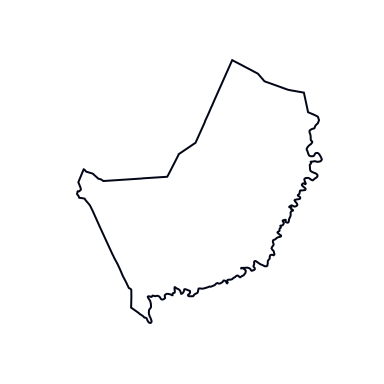 Podor, Saint-Louis, Senegal, rotated 114°
{"feature_id": "50182788B66510054428140", "entity_name": "Podor", "entity_type": "district", "adm_level": 2, "iso_a3": "SEN", "parent_name": "Senegal", "parent_adm1": "Saint-Louis", "projection": "robinson", "projection_center": [-14.416, 16.094], "detail": "fine", "context": "isolated", "style": "outline", "palette": "ink", "viewbox_px": 384, "rotation_deg": 114, "n_neighbors": 0, "source": "geoboundaries", "source_scale": "gbopen_adm2", "svg_char_len": 5910}
<svg xmlns="http://www.w3.org/2000/svg" viewBox="0 0 384 384"><g transform="rotate(114 192 192)"><path d="M55.2,208.9L100.2,208.9L105.0,208.8L106.0,208.9L114.7,208.8L121.9,208.9L123.4,208.7L145.6,208.8L162.8,219.5L162.9,219.4L167.1,219.6L186.9,220.7L188.2,220.9L199.0,241.5L200.7,244.5L218.0,277.4L217.5,280.4L217.9,282.9L217.8,283.5L217.4,284.6L216.2,288.4L215.8,289.4L215.6,290.2L216.4,296.6L216.4,297.1L215.3,299.4L215.4,300.2L229.3,299.8L233.0,296.0L234.6,294.6L235.8,294.6L236.4,295.0L237.2,295.3L237.6,296.3L237.8,296.6L238.4,296.7L239.1,296.4L240.2,296.4L240.6,296.2L242.2,293.5L243.1,292.8L243.1,292.3L242.9,292.0L241.9,288.2L241.8,287.4L242.0,286.9L242.7,286.0L245.2,280.8L245.9,279.6L249.7,275.0L261.1,262.3L281.8,238.7L282.0,238.3L283.9,236.2L288.1,230.7L292.4,225.8L296.8,221.1L300.9,215.9L305.2,210.9L305.4,210.6L305.5,208.7L305.7,208.2L306.2,207.6L312.5,204.7L322.4,200.6L322.6,199.4L323.5,194.9L324.2,191.5L324.7,190.0L325.2,186.7L325.8,185.0L326.1,184.4L325.7,183.4L325.8,182.3L326.1,181.8L327.5,180.4L328.4,179.1L328.7,178.5L328.8,177.6L328.7,177.2L328.3,176.5L327.8,176.2L326.9,176.2L326.0,176.7L324.2,178.4L322.3,180.6L320.8,181.8L320.1,182.2L318.1,183.0L317.3,183.2L315.9,183.0L314.3,182.6L313.2,182.9L310.9,184.1L309.0,185.5L308.3,186.2L307.0,188.4L306.3,189.2L305.8,189.8L305.6,189.8L305.2,189.6L304.7,188.7L304.6,188.1L304.4,186.5L304.0,186.1L302.9,186.0L302.6,185.7L302.2,183.4L302.0,183.0L301.1,181.9L300.8,181.0L300.7,180.0L301.0,179.0L301.3,178.3L302.2,177.1L302.5,176.3L302.4,175.7L302.3,175.3L301.8,174.6L301.3,174.2L300.1,173.5L299.7,173.5L299.1,173.9L298.0,174.7L297.3,174.8L296.8,174.7L295.7,174.0L295.2,173.5L294.7,172.1L294.3,170.0L294.4,168.2L294.2,167.8L292.9,168.2L292.5,168.3L292.1,168.1L291.1,167.0L290.8,166.9L289.1,167.6L287.5,168.6L286.9,168.9L286.1,169.1L285.9,169.0L286.0,168.2L286.3,167.0L286.3,164.9L286.6,163.6L287.1,162.6L289.4,160.5L289.3,160.3L288.5,159.5L287.5,159.2L286.7,159.1L285.4,159.1L284.4,159.4L284.0,159.4L283.6,158.9L283.4,157.8L283.3,154.9L283.2,154.3L283.3,153.6L284.5,152.9L285.5,152.9L286.2,153.0L287.1,153.6L287.7,153.7L288.2,153.5L288.4,153.1L288.4,152.2L287.5,150.2L287.2,149.4L286.7,148.7L286.3,148.4L285.8,148.4L285.4,148.4L283.8,147.6L282.2,146.2L281.9,146.0L280.6,146.0L278.4,146.6L277.5,146.6L277.0,145.8L276.1,143.2L275.1,141.7L272.4,138.6L271.2,137.5L271.0,136.5L270.6,136.0L268.7,134.2L268.1,133.7L267.4,133.2L265.7,132.6L265.1,132.0L264.8,131.6L264.8,130.4L264.6,129.8L263.9,128.9L262.0,127.6L261.4,127.4L260.1,127.2L259.8,126.6L259.6,125.5L260.3,124.1L261.0,123.4L261.1,122.8L260.5,122.6L260.1,122.6L259.7,123.1L259.0,123.7L258.3,123.8L257.7,123.5L257.4,123.2L256.3,121.0L255.6,120.2L255.2,119.8L253.5,119.1L252.2,118.0L251.4,117.8L250.4,117.2L249.8,116.5L249.7,115.8L250.4,113.7L250.3,113.3L248.7,112.3L247.0,110.9L244.2,110.3L243.4,110.4L242.6,110.6L242.0,111.0L241.7,111.5L241.3,112.5L241.0,113.8L241.0,114.4L241.7,116.0L241.4,116.1L241.1,115.8L240.2,113.6L239.0,111.5L238.6,110.6L238.4,109.8L238.4,108.0L238.9,107.0L239.5,106.2L239.7,105.6L239.5,105.1L238.9,104.7L238.5,104.0L238.0,103.6L237.0,103.2L236.4,103.5L235.8,104.0L235.1,105.4L234.7,105.7L232.3,105.9L231.2,106.6L230.5,106.8L229.8,106.7L229.4,106.3L229.2,105.6L229.3,104.8L230.0,101.3L230.2,99.6L230.1,98.6L230.2,95.1L229.5,93.7L228.7,93.2L226.0,93.9L224.5,94.6L224.0,94.7L221.5,94.0L221.1,94.0L219.4,94.7L218.0,94.8L217.4,94.3L217.0,93.8L216.7,92.9L216.6,91.7L216.2,91.5L215.7,91.3L215.3,91.4L213.0,93.2L212.6,93.7L211.9,95.4L211.2,96.4L210.7,96.5L209.8,96.5L207.4,96.0L206.6,96.1L204.6,97.9L203.7,98.2L203.0,98.2L201.5,96.8L200.8,96.4L199.5,95.9L198.4,95.0L196.9,93.1L196.3,92.7L195.8,92.8L195.6,92.9L195.4,93.3L195.3,94.5L194.6,96.8L194.4,97.2L194.1,97.5L193.6,97.4L192.2,96.4L191.8,96.3L190.1,97.0L189.5,97.0L188.5,96.4L187.9,96.6L187.0,97.5L186.6,97.3L186.2,96.5L185.7,95.9L185.3,95.6L184.4,95.4L183.3,95.4L182.9,95.6L182.4,96.2L182.0,96.9L181.3,97.5L181.0,97.4L180.1,96.5L179.7,95.9L179.4,95.1L179.8,94.8L180.9,94.6L181.3,94.1L181.3,93.4L181.2,92.3L180.8,91.8L180.1,91.6L179.5,91.6L178.0,92.1L176.4,92.3L174.4,92.2L173.6,92.3L172.9,92.5L170.6,93.6L169.7,93.6L169.4,93.5L168.8,93.1L168.2,92.4L167.9,92.2L167.4,92.5L167.3,93.8L167.2,94.4L167.1,94.7L166.2,94.7L166.0,94.8L165.6,95.4L166.3,96.8L166.1,97.1L165.6,97.0L164.7,96.4L163.8,95.8L163.6,95.2L163.7,93.3L163.6,92.3L163.2,91.8L162.7,91.2L161.7,90.6L161.4,90.5L160.8,90.6L160.1,91.2L159.2,92.7L158.6,94.1L157.9,94.9L157.6,94.9L157.0,94.4L156.2,93.3L154.8,91.1L154.4,90.8L153.9,90.6L153.4,90.7L152.8,91.2L152.5,92.3L152.3,93.6L151.9,94.0L151.6,94.0L150.3,93.3L149.7,93.2L147.2,93.8L146.8,93.8L146.5,93.5L145.6,91.8L144.3,89.6L143.6,89.3L142.7,89.7L142.4,90.3L141.9,92.5L141.2,94.2L140.9,94.5L140.2,94.6L138.9,94.0L138.7,93.6L138.6,93.2L138.8,92.4L138.8,91.7L138.5,91.5L138.0,91.5L137.0,92.6L136.0,93.6L135.0,94.4L134.3,94.6L133.5,94.2L132.9,93.6L132.5,92.9L131.7,91.2L132.4,87.7L132.2,86.4L130.1,85.4L127.6,83.9L126.6,83.8L126.2,83.9L125.4,84.4L124.9,85.4L124.7,86.8L124.8,88.1L124.8,91.1L124.5,92.2L123.6,93.2L119.4,95.4L118.9,95.4L117.9,95.0L117.0,94.9L116.7,95.0L116.4,95.6L116.1,95.8L115.8,95.5L115.2,94.2L114.5,93.3L114.3,92.8L113.9,92.4L113.5,90.0L113.2,89.2L112.9,88.7L111.8,87.3L111.4,87.0L110.1,86.6L109.3,86.7L107.7,88.4L105.9,90.9L105.3,92.4L105.3,93.4L106.0,94.6L106.3,94.9L107.3,95.2L108.5,95.2L109.4,95.4L109.8,95.8L110.4,96.6L110.6,97.0L110.9,97.7L111.1,98.8L111.1,99.4L111.0,99.9L110.1,101.0L107.3,103.6L106.8,104.3L105.9,104.8L103.6,104.6L103.2,104.4L102.3,104.2L99.7,102.8L98.1,102.4L97.6,102.4L97.0,102.8L96.6,103.8L96.5,104.2L95.9,104.8L92.6,106.4L90.8,107.7L89.6,109.0L88.2,109.5L87.5,109.3L86.1,108.4L85.2,107.6L84.9,107.1L84.1,106.2L83.8,106.1L83.4,106.1L81.6,106.3L80.1,105.9L78.0,105.0L75.6,105.1L74.8,105.2L74.4,105.4L72.0,107.7L71.8,111.2L71.9,118.4L55.7,130.2L59.0,143.4L59.5,145.7L59.7,147.7L61.4,170.8L57.1,179.9L55.2,208.9Z" fill="none" stroke="#020617" stroke-width="2"/></g></svg>